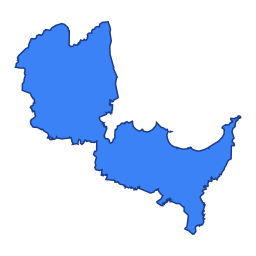 outline of Cirebon, Jawa Barat, Indonesia
{"feature_id": "22746128B77544549346240", "entity_name": "Cirebon", "entity_type": "district", "adm_level": 2, "iso_a3": "IDN", "parent_name": "Indonesia", "parent_adm1": "Jawa Barat", "projection": "orthographic", "projection_center": [108.584, -6.761], "detail": "fine", "context": "isolated", "style": "filled", "palette": "blue", "viewbox_px": 256, "rotation_deg": 0, "n_neighbors": 0, "source": "geoboundaries", "source_scale": "gbopen_adm2", "svg_char_len": 5867}
<svg xmlns="http://www.w3.org/2000/svg" viewBox="0 0 256 256"><path d="M235.0,126.6L235.6,121.7L236.0,121.7L236.5,120.5L237.4,120.5L237.9,119.8L237.6,119.3L238.4,118.7L240.6,117.7L240.4,116.5L239.5,116.5L238.9,115.8L238.0,116.2L237.4,117.5L235.1,118.0L234.7,118.8L230.9,118.3L230.8,119.5L231.8,120.9L232.7,121.1L232.5,122.0L230.3,122.7L229.5,124.3L228.0,125.1L225.7,124.7L222.5,126.9L222.1,127.9L224.3,129.4L224.0,134.1L222.0,137.6L218.7,141.1L208.7,147.3L208.7,148.2L208.1,147.8L205.2,149.3L198.9,151.2L194.5,150.3L191.2,148.4L191.3,147.5L190.3,147.2L190.1,148.1L188.1,147.8L188.0,148.7L182.8,149.2L177.8,147.8L177.2,148.4L177.0,147.4L174.2,146.9L171.0,145.1L168.8,142.1L167.4,138.6L166.8,134.9L168.2,131.3L167.3,130.4L167.3,129.4L166.0,129.6L163.3,127.9L161.0,127.2L156.5,122.5L156.2,125.4L152.5,129.6L149.0,131.6L147.0,132.0L143.4,131.0L142.7,129.4L141.7,129.5L141.1,130.4L139.2,131.2L135.5,129.0L133.3,126.5L132.4,123.2L132.7,121.8L132.2,121.2L128.9,123.1L127.5,121.9L126.5,121.8L125.0,122.6L125.2,123.1L124.2,123.8L124.1,123.6L123.8,123.2L121.5,123.3L120.0,125.2L117.4,126.1L117.4,127.4L116.5,129.7L115.9,129.3L115.2,130.0L114.8,135.4L115.2,136.5L114.3,138.8L113.3,139.4L112.8,141.7L110.7,143.2L109.9,142.8L109.3,142.1L109.6,141.3L109.0,139.8L107.6,138.7L105.9,138.8L104.5,137.5L104.6,136.1L104.1,135.8L106.8,128.5L106.6,127.6L105.8,127.1L106.4,126.6L106.0,126.3L104.9,126.9L104.5,126.1L103.8,126.1L104.3,124.4L102.9,123.9L103.6,123.1L103.0,123.3L103.2,122.6L101.0,121.5L99.6,119.4L99.4,117.5L99.8,116.9L106.4,114.4L106.8,113.6L106.1,112.6L107.3,112.9L108.9,112.5L109.0,112.0L110.6,113.6L110.6,112.6L111.7,113.0L111.9,111.4L111.4,110.7L112.4,109.8L112.5,104.7L110.4,104.2L110.5,105.4L109.8,105.1L109.5,103.2L110.4,102.7L109.8,99.9L111.6,100.6L112.1,101.9L113.2,101.5L113.8,100.1L118.2,97.6L115.5,83.9L116.4,78.0L117.3,77.3L113.4,68.7L113.8,67.9L110.0,54.1L109.8,46.2L111.3,40.9L109.9,32.4L110.5,30.1L110.1,27.7L108.1,21.8L102.3,22.4L99.6,24.3L99.5,26.8L97.3,26.6L95.6,27.2L94.2,29.5L92.5,29.5L91.8,30.8L91.7,33.0L88.8,33.2L87.3,34.5L87.8,36.7L87.3,37.6L87.5,38.6L85.7,40.5L84.2,39.3L83.5,40.4L81.7,40.6L80.7,40.0L79.9,41.4L80.0,42.8L78.5,42.8L78.6,44.1L77.7,44.2L77.4,45.1L75.3,45.0L74.2,44.4L73.1,46.2L71.6,46.5L69.1,45.5L69.3,30.9L68.5,30.7L68.4,28.7L67.8,27.5L64.5,24.4L61.7,23.6L55.8,25.4L52.0,27.8L50.1,30.3L45.7,29.7L45.2,30.5L44.3,30.5L42.7,34.2L41.4,35.2L41.9,35.3L42.1,35.4L40.9,35.3L39.8,34.6L38.7,34.7L36.7,35.9L36.1,38.4L34.0,39.0L32.0,38.5L31.3,38.8L29.1,43.6L28.3,47.6L25.9,48.6L18.7,55.6L17.4,57.9L18.3,59.4L17.6,60.1L18.3,60.4L18.5,61.6L16.2,63.8L16.2,65.6L15.4,67.2L20.2,68.0L23.9,68.0L25.2,69.5L24.4,73.4L24.8,74.4L25.6,74.9L24.3,78.6L23.9,81.9L22.4,84.2L22.3,90.3L30.5,93.4L31.6,96.7L32.8,97.6L32.9,98.6L34.0,98.9L34.6,100.5L34.2,101.2L34.9,102.8L33.3,103.2L33.4,104.4L32.6,105.7L31.1,106.1L30.4,107.5L30.7,108.0L31.4,108.0L32.0,110.1L32.8,110.9L32.4,111.4L32.9,111.9L34.0,111.0L34.7,111.7L35.0,114.6L35.6,115.3L34.8,117.3L31.3,119.6L30.5,121.3L30.8,124.0L33.2,127.2L34.1,126.9L34.7,127.3L37.2,127.3L41.6,129.7L42.6,129.1L43.6,130.7L47.9,133.4L48.7,135.7L47.5,137.9L48.8,138.1L49.6,137.3L49.4,138.7L50.3,139.6L51.5,139.7L51.6,139.1L52.1,139.1L51.8,138.2L52.4,138.7L52.5,138.1L53.0,138.5L52.5,139.3L54.7,139.1L56.2,138.3L56.6,137.0L57.1,137.9L61.9,138.9L69.6,137.9L69.7,137.4L70.2,138.1L71.3,137.8L72.0,141.8L72.9,143.0L72.4,144.4L76.4,143.7L78.1,144.1L77.8,143.1L78.9,139.4L80.5,140.2L80.5,143.4L82.0,144.4L83.8,142.7L83.6,141.8L84.6,141.2L84.6,140.4L85.3,140.1L86.4,140.6L86.7,141.4L89.0,140.9L90.4,141.3L90.5,142.0L91.6,142.2L94.7,142.4L96.7,141.0L96.7,149.9L95.7,151.5L94.6,151.4L93.5,154.7L96.5,157.2L95.1,162.4L95.8,165.6L94.8,167.3L95.6,169.3L96.3,169.9L97.4,169.8L99.1,170.6L102.0,169.8L101.3,175.3L103.0,175.6L102.8,174.7L103.4,175.3L104.2,174.9L105.8,175.3L106.0,174.4L107.1,174.5L107.2,176.6L105.9,179.5L114.3,180.3L114.9,180.6L114.8,182.0L117.0,182.2L117.6,181.7L119.8,184.1L124.4,185.2L124.4,186.3L125.4,186.2L125.3,187.6L126.2,186.8L128.6,187.9L129.8,187.3L130.7,188.0L131.4,187.3L131.5,188.1L132.6,187.8L134.1,188.9L134.1,189.8L135.0,189.6L135.4,188.8L135.6,189.5L136.4,189.7L138.0,188.1L138.0,187.0L139.5,186.6L139.3,188.4L150.6,193.0L153.9,192.0L154.7,190.5L156.8,190.1L157.4,189.0L158.4,188.9L158.1,190.1L158.7,191.1L160.5,193.7L162.7,195.6L161.0,199.0L156.9,201.8L157.1,202.8L161.1,205.5L162.8,205.7L162.4,204.6L162.9,203.3L164.1,204.4L164.9,203.4L164.3,203.3L164.2,202.6L165.1,202.5L165.5,201.9L166.5,202.4L167.0,202.1L167.9,200.9L166.6,200.7L166.6,200.2L168.0,199.5L167.9,199.1L169.6,199.1L170.0,198.3L171.2,199.8L169.4,200.6L170.1,201.0L170.2,201.8L171.6,201.5L177.0,203.7L178.3,203.4L179.8,203.9L182.6,206.5L184.1,207.2L184.1,211.3L188.4,215.3L187.0,226.8L185.1,228.3L184.9,229.0L188.8,230.7L192.8,234.2L194.0,233.8L195.8,231.6L195.4,227.3L196.3,225.9L197.6,225.3L198.1,225.8L199.3,225.0L199.7,225.9L200.2,225.3L201.0,225.3L201.4,224.5L202.1,224.8L202.6,224.4L203.7,222.1L203.4,219.9L204.5,218.9L203.1,218.1L204.3,214.9L203.1,215.7L202.0,213.2L202.4,213.0L203.0,213.5L202.7,211.2L203.9,211.4L204.2,210.9L203.5,210.3L203.7,208.6L205.0,205.0L203.1,205.0L204.2,204.4L204.2,203.2L203.8,202.7L202.6,202.7L202.1,200.9L201.2,200.5L201.1,199.2L200.1,197.4L200.8,195.6L202.9,194.3L203.7,193.2L203.6,192.4L202.4,191.2L202.8,190.2L206.2,189.0L205.7,187.5L203.8,187.2L203.7,186.6L205.1,185.8L207.2,186.5L208.1,186.1L207.8,183.6L208.5,182.2L208.4,180.9L211.4,181.4L212.0,180.8L210.9,178.2L211.4,177.2L213.4,179.4L214.1,179.4L215.4,178.5L216.6,179.7L217.3,179.7L217.9,177.3L219.6,176.3L219.5,174.5L221.4,174.6L221.7,172.7L224.2,169.2L224.6,167.4L225.6,166.1L228.3,160.4L231.1,158.8L231.4,146.0L231.9,145.5L233.9,145.8L234.5,145.1L233.9,144.1L234.0,143.2L232.2,142.2L232.6,139.5L234.0,138.3L232.0,131.8L232.9,128.6L235.0,126.6ZM169.4,132.3L171.4,131.6L170.3,131.3L169.4,132.3Z" fill="#3b82f6" stroke="#1e3a8a" stroke-width="1.5"/></svg>